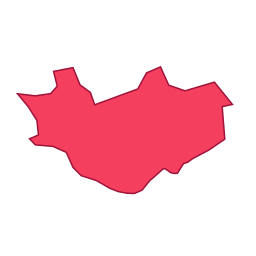 an SVG outline of Krimuldas, rotated 84°
{"feature_id": "LVA-5768", "entity_name": "Krimuldas", "entity_type": "Municipality", "adm_level": 1, "iso_a3": "LVA", "parent_name": "Latvia", "parent_adm1": "", "projection": "mercator", "projection_center": [24.791, 57.268], "detail": "fine", "context": "isolated", "style": "filled", "palette": "rose", "viewbox_px": 256, "rotation_deg": 84, "n_neighbors": 0, "source": "natural_earth", "source_scale": "10m", "svg_char_len": 689}
<svg xmlns="http://www.w3.org/2000/svg" viewBox="0 0 256 256"><g transform="rotate(84 128 128)"><path d="M149.2,32.9L158.4,49.9L165.0,66.5L168.3,72.2L169.2,76.5L178.2,83.6L178.0,87.0L176.9,90.2L172.5,95.2L172.3,97.4L176.0,102.4L182.9,112.2L191.3,120.5L193.8,128.5L192.8,135.7L190.2,144.4L186.3,152.0L177.0,164.9L170.5,179.5L161.5,186.8L145.8,191.9L138.5,204.4L135.1,221.9L128.4,227.1L125.6,217.8L111.0,217.8L96.4,225.0L82.4,234.3L86.3,216.8L85.7,201.3L79.0,194.0L63.9,196.1L62.2,176.4L80.1,171.2L88.7,161.7L101.4,158.7L98.6,147.4L90.2,114.2L75.1,103.8L70.6,89.3L89.7,83.0L97.0,67.4L91.4,37.3L115.5,21.7L116.6,32.1L149.2,32.9Z" fill="#f43f5e" stroke="#9f1239" stroke-width="1.5"/></g></svg>